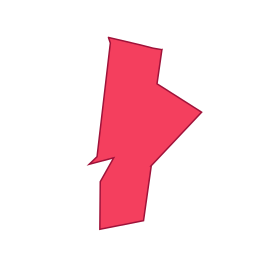 outline of Belle Plain, Soufrière, Saint Lucia, rotated 242°
{"feature_id": "8701671B19516927692390", "entity_name": "Belle Plain", "entity_type": "district", "adm_level": 2, "iso_a3": "LCA", "parent_name": "Saint Lucia", "parent_adm1": "Soufrière", "projection": "equal_earth", "projection_center": [-61.03, 13.828], "detail": "fine", "context": "isolated", "style": "filled", "palette": "rose", "viewbox_px": 256, "rotation_deg": 242, "n_neighbors": 0, "source": "geoboundaries", "source_scale": "gbopen_adm2", "svg_char_len": 410}
<svg xmlns="http://www.w3.org/2000/svg" viewBox="0 0 256 256"><g transform="rotate(242 128 128)"><path d="M93.6,78.3L51.8,55.6L38.9,98.2L83.3,130.5L83.6,130.2L87.9,142.9L107.4,200.4L153.3,174.4L153.6,174.5L181.1,194.6L181.3,194.8L181.4,194.5L186.8,187.5L195.3,178.2L217.1,153.3L217.0,153.2L211.3,152.3L117.2,87.2L114.2,76.7L108.4,101.4L93.6,78.3Z" fill="#f43f5e" stroke="#9f1239" stroke-width="1.5"/></g></svg>